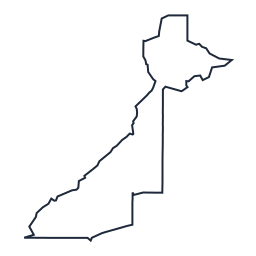 Fulton, Georgia, United States of America
{"feature_id": "52423323B90883845014784", "entity_name": "Fulton", "entity_type": "district", "adm_level": 2, "iso_a3": "USA", "parent_name": "United States of America", "parent_adm1": "Georgia", "projection": "robinson", "projection_center": [-84.433, 33.844], "detail": "fine", "context": "isolated", "style": "outline", "palette": "slate", "viewbox_px": 256, "rotation_deg": 0, "n_neighbors": 0, "source": "geoboundaries", "source_scale": "gbopen_adm2", "svg_char_len": 1459}
<svg xmlns="http://www.w3.org/2000/svg" viewBox="0 0 256 256"><path d="M187.4,15.4L181.0,15.4L168.3,15.4L161.7,18.5L159.2,31.5L158.8,36.0L154.2,37.6L145.4,41.1L143.5,40.8L143.4,45.6L143.3,52.5L143.3,56.5L145.5,60.4L146.2,64.2L147.6,64.7L148.2,72.0L153.1,79.1L155.5,81.1L153.2,87.6L151.7,90.5L149.1,92.8L147.1,95.2L135.5,106.4L136.8,109.1L137.1,112.9L136.7,116.5L135.6,118.0L133.1,121.3L133.6,123.2L132.1,125.1L133.3,133.8L133.2,134.1L132.6,134.5L129.7,133.6L126.5,136.9L122.3,139.8L116.7,145.8L113.0,148.1L110.5,152.1L99.4,161.2L97.4,165.5L92.0,169.9L84.4,175.8L85.1,177.8L78.9,181.0L78.3,187.8L76.5,189.7L72.1,190.3L57.5,196.5L56.0,200.4L54.3,200.7L51.3,198.6L48.4,203.8L42.8,207.3L36.7,213.0L35.8,217.1L29.3,226.6L33.8,234.8L24.2,237.7L57.4,237.9L60.0,237.9L87.6,237.9L90.7,240.6L91.8,237.8L101.6,233.3L105.3,232.1L125.5,226.4L128.1,225.7L132.4,224.7L132.4,210.3L132.4,202.3L132.6,198.9L132.6,192.5L133.9,194.9L143.2,192.5L148.7,192.6L162.3,192.7L162.5,182.0L162.5,162.7L162.6,151.2L162.7,148.6L162.7,148.2L162.8,136.9L162.7,134.3L162.8,133.9L162.9,127.7L162.8,125.3L162.8,124.8L162.8,123.7L162.9,115.6L162.8,112.7L162.9,104.7L162.9,97.1L162.9,89.5L165.4,86.7L181.5,91.2L182.4,90.7L187.5,87.1L186.3,85.4L186.3,81.1L188.6,81.3L194.4,76.2L194.5,76.2L200.2,75.5L202.7,80.1L208.9,77.1L212.1,67.4L224.7,65.7L231.8,60.0L219.2,58.5L209.6,53.5L206.2,48.3L202.0,46.8L199.2,43.8L196.0,44.7L187.4,40.6L187.4,15.4Z" fill="none" stroke="#1e293b" stroke-width="2"/></svg>